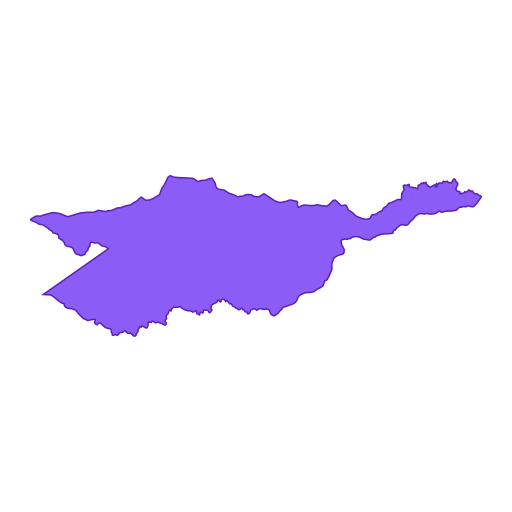 Argelia, Antioquia, Colombia (Robinson projection)
{"feature_id": "7082276B45254124580700", "entity_name": "Argelia", "entity_type": "district", "adm_level": 2, "iso_a3": "COL", "parent_name": "Colombia", "parent_adm1": "Antioquia", "projection": "robinson", "projection_center": [-75.064, 5.704], "detail": "fine", "context": "isolated", "style": "filled", "palette": "violet", "viewbox_px": 512, "rotation_deg": 0, "n_neighbors": 0, "source": "geoboundaries", "source_scale": "gbopen_adm2", "svg_char_len": 6053}
<svg xmlns="http://www.w3.org/2000/svg" viewBox="0 0 512 512"><path d="M43.2,294.5L50.3,294.9L52.2,295.7L59.8,301.8L61.5,302.9L63.9,303.7L64.6,306.1L65.9,307.4L67.6,308.3L72.5,308.8L75.9,310.4L79.3,314.6L83.0,318.2L84.1,319.0L85.9,319.4L86.9,320.3L87.7,320.5L93.8,319.3L95.2,319.4L95.3,320.1L94.5,322.2L94.8,323.2L95.2,323.6L96.1,324.4L97.2,324.7L99.1,323.0L100.1,322.8L105.1,327.4L106.9,328.2L109.3,328.6L110.9,329.3L111.3,330.2L111.3,332.3L112.2,333.7L112.4,335.1L112.9,335.3L115.7,334.6L116.6,335.2L117.4,335.2L118.1,334.9L120.1,332.5L122.5,332.4L125.0,330.7L126.2,332.0L127.3,332.6L127.6,333.2L129.5,333.5L130.7,332.9L131.8,334.3L134.0,336.2L135.5,335.9L136.2,335.0L136.3,333.9L137.9,331.8L138.3,329.5L139.9,326.7L141.1,327.2L141.6,326.1L142.2,325.8L145.8,328.0L146.8,328.0L148.0,325.9L148.2,322.4L148.6,322.0L151.3,322.5L152.0,321.5L152.7,321.3L154.1,321.8L155.0,322.8L156.4,322.7L157.9,322.1L160.3,323.2L161.7,323.4L164.3,325.1L165.2,325.1L166.4,323.9L166.1,322.6L164.9,321.0L165.3,319.8L166.7,318.7L166.1,315.7L168.3,313.5L168.4,312.6L169.2,310.5L170.1,310.1L170.7,310.9L171.1,310.9L171.5,309.3L173.5,307.2L177.9,307.3L180.2,306.3L181.3,307.8L185.2,310.0L187.0,310.3L187.7,310.8L188.7,310.7L191.4,311.2L192.9,312.2L195.0,311.1L196.2,310.9L196.7,311.5L196.5,313.1L196.8,313.7L198.2,314.1L199.4,315.0L199.8,314.6L199.8,313.1L200.2,312.4L200.9,312.2L202.2,313.0L203.1,312.8L203.3,310.3L203.5,310.0L207.5,310.3L208.2,310.7L208.9,312.3L209.9,312.7L210.5,312.2L211.9,310.1L211.8,309.5L210.8,308.6L211.3,307.3L211.5,305.0L216.3,302.5L217.1,301.8L218.0,300.0L218.6,300.0L219.8,301.6L220.6,301.9L221.1,301.4L220.9,300.6L221.7,299.6L223.3,299.2L224.7,299.7L225.5,301.5L226.6,300.7L227.4,300.8L229.6,303.9L231.2,303.7L232.7,306.0L235.2,307.3L236.0,308.3L237.2,308.5L238.8,309.8L239.4,309.7L241.3,308.3L241.8,308.3L242.7,309.6L244.4,310.0L245.0,311.7L246.9,312.2L248.0,314.0L249.5,313.2L250.8,310.0L253.9,308.7L254.7,308.8L256.8,310.3L259.3,308.6L264.2,309.4L267.5,308.9L269.3,310.2L270.6,313.6L271.3,314.6L273.7,315.8L274.5,315.8L277.8,313.5L279.8,311.0L281.7,309.3L283.0,307.4L292.8,304.0L294.9,302.8L296.5,300.9L298.5,296.5L299.9,295.1L305.0,292.8L311.5,292.3L314.0,291.6L317.3,289.1L320.4,287.7L322.7,286.1L323.3,285.2L324.5,281.5L325.5,280.5L326.6,280.2L327.2,279.6L329.1,275.9L331.6,270.2L331.9,268.5L331.8,263.9L333.1,260.2L333.3,258.8L334.7,257.5L338.1,255.3L342.0,254.4L343.3,253.7L344.0,252.7L344.2,249.6L341.7,244.6L341.2,243.0L341.2,240.8L341.8,239.7L345.6,239.0L347.1,239.4L348.0,238.9L349.9,238.6L353.1,236.9L356.2,236.5L359.5,237.1L363.4,239.1L369.6,240.1L370.6,239.7L373.3,237.5L374.9,237.2L376.1,236.2L378.0,235.4L381.9,234.1L390.4,233.6L392.8,233.1L393.1,232.8L393.1,231.4L393.5,230.7L395.1,230.1L397.3,227.5L400.0,225.4L402.2,224.6L405.6,225.4L406.9,225.1L408.2,224.2L409.9,222.0L413.0,219.2L414.8,216.9L417.9,214.3L420.4,213.5L422.8,213.7L424.1,214.2L425.2,213.7L426.8,213.6L431.0,214.1L434.4,213.8L435.6,213.4L438.9,211.2L440.1,211.3L441.0,212.1L441.8,212.3L445.2,211.2L450.7,211.1L455.7,210.4L456.4,210.1L459.3,207.3L461.0,207.3L462.9,206.6L465.8,206.8L467.9,206.0L469.0,205.8L470.1,206.5L472.9,206.8L473.9,206.3L477.1,203.0L481.3,196.9L480.5,195.7L479.1,195.5L477.9,194.2L476.4,193.6L474.8,194.0L472.2,190.9L471.7,191.0L470.9,191.6L469.1,189.8L466.3,192.2L464.8,191.7L463.7,193.2L462.0,193.2L461.1,194.0L459.9,193.5L460.1,192.1L458.9,191.4L456.9,191.1L456.1,189.6L456.1,187.9L457.7,184.7L457.8,183.9L456.9,182.1L455.6,181.1L455.5,179.9L454.5,179.0L453.9,179.0L453.3,180.0L452.7,180.2L452.0,182.2L451.6,182.5L449.0,182.8L448.3,182.5L447.5,181.2L444.6,181.9L443.4,181.2L441.8,183.4L439.2,182.9L437.5,184.7L437.1,184.6L436.7,183.5L436.4,183.5L436.1,184.0L436.1,185.2L436.9,186.5L435.8,187.0L435.4,186.6L435.3,185.3L434.3,184.9L430.0,187.4L429.3,186.5L428.1,186.4L427.9,185.4L426.6,184.4L425.9,182.3L425.5,182.4L424.9,183.2L423.6,182.7L423.0,183.7L421.6,183.0L419.5,185.0L418.3,185.2L417.7,188.5L417.1,188.8L415.0,187.7L413.2,187.7L412.2,187.1L410.0,187.2L409.3,186.5L409.3,184.9L408.9,184.4L408.3,184.4L406.9,185.4L404.5,185.0L403.4,185.7L403.5,187.4L404.2,189.5L401.8,193.4L401.5,198.5L400.8,199.6L398.2,199.4L397.3,199.7L391.9,202.4L388.8,203.3L386.3,206.3L383.8,207.8L382.0,210.6L378.5,212.3L376.9,213.7L375.1,214.4L372.0,214.9L371.5,215.3L370.4,217.8L369.6,218.5L368.0,219.0L365.7,219.3L361.2,218.2L356.3,216.2L354.1,214.3L352.9,212.9L348.3,210.0L346.6,206.0L345.7,205.3L344.9,205.0L341.8,205.7L341.1,205.5L335.7,200.4L335.0,200.1L333.1,200.4L328.8,204.8L327.6,205.7L326.3,206.1L320.6,205.5L317.6,204.8L316.1,204.9L314.2,205.5L309.4,205.5L304.3,205.0L301.6,205.7L298.5,207.4L298.0,207.0L297.6,205.1L297.4,201.9L296.8,201.3L290.7,200.0L289.3,200.1L286.9,201.1L281.4,202.4L278.1,202.2L274.5,200.6L264.7,194.1L263.6,193.9L259.2,196.7L257.3,196.8L253.4,196.2L251.4,194.7L247.6,194.5L245.3,194.9L242.7,196.2L240.0,196.3L237.7,196.9L234.9,195.3L228.6,193.0L224.2,190.1L218.6,189.2L217.0,188.4L216.0,186.6L214.9,182.5L211.9,178.2L208.1,179.1L205.8,180.2L201.2,180.4L199.5,181.2L198.1,181.4L196.9,181.0L195.0,179.4L192.7,178.3L177.6,177.5L173.6,177.1L171.3,176.0L169.8,175.8L167.7,177.5L166.7,180.2L163.5,186.2L162.3,187.4L160.7,191.3L159.7,194.5L153.5,198.3L150.2,199.8L146.4,200.3L145.2,199.9L142.1,197.6L141.2,197.2L139.7,198.2L137.0,200.9L134.5,202.2L130.4,205.0L126.7,205.6L120.5,207.7L117.3,207.9L111.4,210.5L108.0,210.7L106.2,211.5L101.6,211.0L98.5,210.3L93.5,212.3L87.3,212.2L80.1,213.0L68.6,216.5L67.5,216.6L59.7,213.5L53.8,212.6L51.9,212.7L42.9,215.2L40.7,216.1L37.0,216.0L35.4,216.3L31.4,218.8L30.7,219.5L31.0,220.3L36.1,222.3L39.1,224.3L41.8,224.5L43.1,225.0L46.8,227.3L50.2,230.1L51.7,230.9L53.1,232.9L54.8,233.3L58.0,234.5L58.9,236.7L58.8,238.0L61.5,240.0L62.4,240.1L64.1,242.4L64.9,244.6L66.8,246.2L70.8,247.0L73.1,248.5L74.9,252.6L76.5,254.2L78.6,254.6L80.3,255.6L81.1,255.3L82.5,255.5L83.5,254.7L84.7,254.5L85.7,252.3L87.8,250.2L88.4,247.6L89.9,246.2L89.9,244.3L90.6,242.4L91.2,242.1L95.2,243.1L97.7,242.7L101.8,245.8L105.7,246.8L107.0,247.6L108.3,248.8L43.2,294.5Z" fill="#8b5cf6" stroke="#5b21b6" stroke-width="1.5"/></svg>